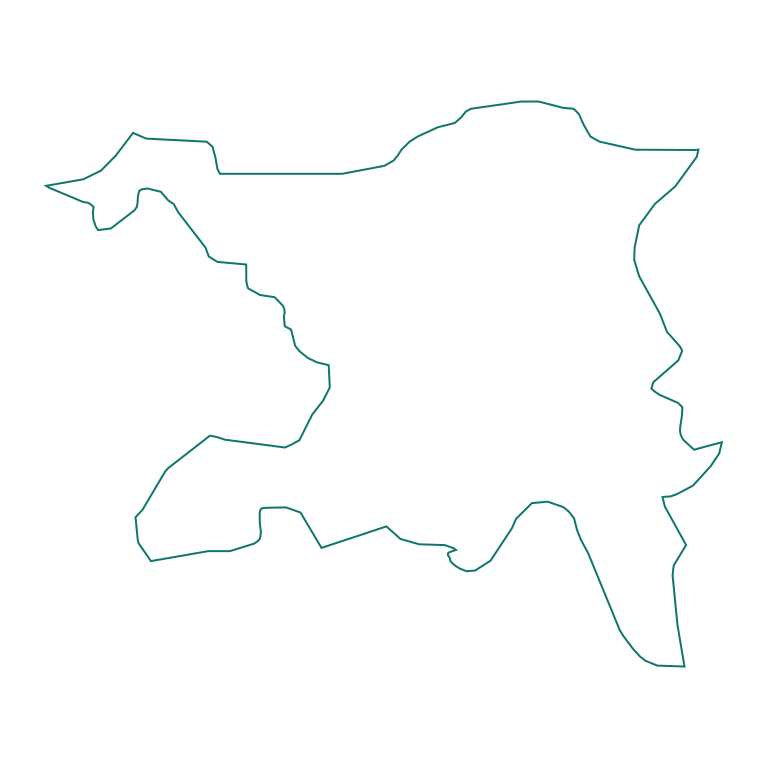 the Canton of Aargau
{"feature_id": "CHE-162", "entity_name": "Aargau", "entity_type": "Canton", "adm_level": 1, "iso_a3": "CHE", "parent_name": "Switzerland", "parent_adm1": "", "projection": "robinson", "projection_center": [8.112, 47.382], "detail": "fine", "context": "isolated", "style": "outline", "palette": "teal", "viewbox_px": 768, "rotation_deg": 0, "n_neighbors": 0, "source": "natural_earth", "source_scale": "10m", "svg_char_len": 2300}
<svg xmlns="http://www.w3.org/2000/svg" viewBox="0 0 768 768"><path d="M538.5,101.5L562.9,107.8L573.7,108.8L578.8,113.9L583.9,125.2L590.5,136.6L599.7,141.7L635.4,149.7L695.5,150.0L698.4,149.6L696.8,156.8L675.2,186.5L654.9,203.9L639.2,225.3L634.6,247.7L634.2,259.7L639.1,276.1L659.9,313.7L667.0,331.9L679.8,346.3L682.2,350.7L678.3,360.4L653.3,382.2L651.4,388.6L654.2,391.2L659.6,394.9L678.0,402.9L682.3,407.1L682.1,414.5L680.2,427.3L680.0,431.1L680.8,434.9L682.9,439.4L694.0,449.7L721.9,442.2L719.2,453.5L710.6,466.3L693.0,485.6L676.8,494.2L670.6,496.4L668.1,496.6L665.2,496.7L662.5,497.1L664.9,506.7L686.1,545.0L673.9,565.1L673.3,568.3L672.6,575.6L677.5,625.2L684.5,666.5L683.8,666.5L657.2,665.6L645.5,660.8L640.3,656.8L633.5,649.5L623.1,635.7L619.7,630.0L588.2,553.3L581.0,539.9L577.0,529.9L574.1,518.4L568.9,511.6L563.3,507.1L547.8,501.7L531.9,503.1L516.1,518.8L511.9,528.3L490.5,560.7L475.2,570.5L466.7,571.2L460.3,568.8L455.9,566.2L452.4,563.3L450.6,561.4L449.5,557.4L447.9,555.1L447.9,553.4L449.2,552.3L456.0,549.9L453.4,548.1L444.9,545.1L419.3,544.3L400.5,539.0L386.4,526.4L321.5,547.9L300.5,512.5L286.0,507.4L265.8,507.8L261.9,508.3L260.4,509.8L259.7,513.0L259.8,522.4L260.9,532.4L260.4,536.4L259.7,538.8L259.1,539.9L257.6,541.3L254.0,543.7L230.0,551.1L208.5,551.1L150.9,561.1L138.6,543.2L137.8,540.3L135.5,517.3L142.5,509.8L165.3,471.3L168.1,468.2L209.9,435.7L216.8,437.0L225.0,439.7L285.0,447.5L291.8,444.4L299.4,440.2L312.2,414.6L322.9,400.9L329.8,387.5L328.7,365.2L316.9,362.3L307.7,357.9L299.6,351.3L295.2,345.9L291.1,329.6L284.8,326.3L283.8,315.7L284.7,313.3L284.4,309.4L282.8,305.6L274.6,297.2L260.0,295.0L248.2,288.4L247.3,286.0L246.3,281.2L246.2,264.5L217.4,261.9L208.8,256.5L205.5,247.6L178.1,212.1L173.7,204.0L168.3,200.5L160.9,191.8L147.5,188.5L141.8,189.3L139.2,191.0L138.0,195.8L137.5,203.2L136.8,207.0L134.5,210.3L110.8,228.5L98.1,230.1L95.5,226.0L93.4,219.3L92.9,212.5L93.5,206.8L90.0,203.9L87.8,202.7L83.4,202.1L49.1,187.7L46.1,185.8L83.2,179.3L100.9,170.7L115.8,155.6L133.0,132.9L146.2,138.6L206.8,141.7L212.5,146.8L215.5,157.8L217.4,168.9L219.9,173.8L342.2,173.8L384.5,165.8L393.6,160.5L397.8,155.4L401.6,149.5L409.6,141.7L417.3,136.7L437.7,127.3L454.8,123.0L461.3,117.2L465.9,111.5L470.8,108.8L521.5,101.5L538.5,101.5Z" fill="none" stroke="#0f766e" stroke-width="2"/></svg>